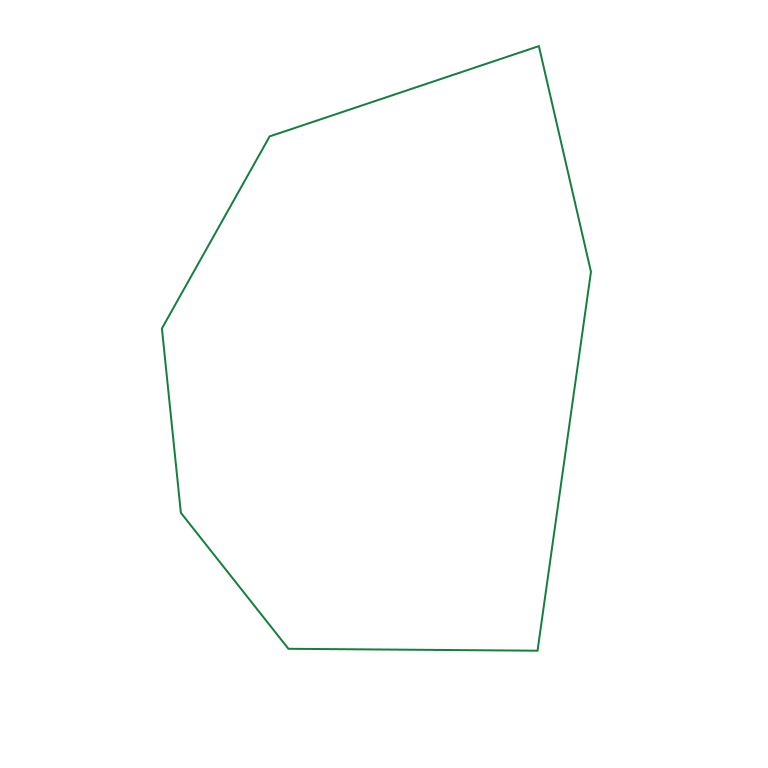 Maradi, Maradi, Niger (Mercator projection), rotated 257°
{"feature_id": "23599985B96333695472040", "entity_name": "Maradi", "entity_type": "district", "adm_level": 2, "iso_a3": "NER", "parent_name": "Niger", "parent_adm1": "Maradi", "projection": "mercator", "projection_center": [7.133, 13.501], "detail": "fine", "context": "isolated", "style": "outline", "palette": "green", "viewbox_px": 768, "rotation_deg": 257, "n_neighbors": 0, "source": "geoboundaries", "source_scale": "gbopen_adm2", "svg_char_len": 261}
<svg xmlns="http://www.w3.org/2000/svg" viewBox="0 0 768 768"><g transform="rotate(257 384 384)"><path d="M147.5,231.3L89.6,473.6L446.8,610.9L678.4,610.9L651.0,328.3L488.1,180.1L304.2,157.1L147.5,231.3Z" fill="none" stroke="#15803d" stroke-width="2"/></g></svg>